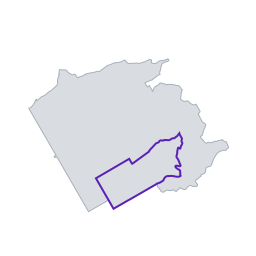 North Darfur highlighted on a map of Sudan, rotated 240°
{"feature_id": "SDN-881", "entity_name": "North Darfur", "entity_type": "State", "adm_level": 1, "iso_a3": "SDN", "parent_name": "Sudan", "parent_adm1": "", "projection": "robinson", "projection_center": [25.452, 15.918], "detail": "fine", "context": "in_parent", "style": "outline", "palette": "violet", "viewbox_px": 256, "rotation_deg": 240, "n_neighbors": 0, "source": "natural_earth", "source_scale": "10m", "svg_char_len": 5546}
<svg xmlns="http://www.w3.org/2000/svg" viewBox="0 0 256 256"><g transform="rotate(240 128 128)"><path d="M168.0,197.2L166.1,197.2L165.9,196.7L165.9,195.3L166.1,194.2L166.8,192.6L166.6,191.7L166.7,190.3L166.2,188.9L161.6,184.6L160.7,183.4L158.2,182.3L158.7,181.1L157.6,172.4L158.1,171.4L158.2,169.8L158.2,168.5L158.8,166.2L158.8,165.3L154.0,165.2L153.9,166.2L154.1,167.3L154.1,167.7L147.4,167.7L150.1,171.2L150.2,172.7L150.1,174.5L150.1,175.7L150.3,176.5L151.0,178.1L151.0,178.4L150.8,178.7L146.1,183.3L145.3,185.4L144.6,186.5L143.3,188.4L138.9,193.3L138.2,193.6L134.8,193.8L134.5,193.9L134.3,194.1L134.1,194.1L131.2,191.2L126.4,187.8L123.3,189.6L122.4,190.2L122.4,191.9L121.9,192.7L121.0,193.7L118.7,194.2L117.5,194.7L116.0,195.7L114.6,197.2L114.5,198.1L114.6,198.8L106.5,198.8L106.0,198.2L104.8,195.6L104.0,195.7L96.6,195.4L95.5,195.7L93.4,196.8L92.4,197.0L91.3,196.5L87.4,191.4L86.5,190.8L85.7,189.5L84.8,189.0L84.5,188.6L84.5,188.1L84.5,187.0L84.2,186.3L83.6,186.1L78.4,187.3L77.6,187.2L76.5,187.4L76.1,187.6L75.7,188.2L75.6,189.6L75.5,190.3L75.1,191.1L73.6,192.8L73.3,193.6L73.3,195.5L73.2,196.5L73.0,196.9L72.4,197.6L72.1,198.1L71.9,200.5L71.1,202.0L70.9,202.5L70.8,203.5L70.7,203.9L68.3,204.7L67.4,205.3L66.9,206.1L66.8,206.4L65.7,206.1L64.5,205.9L62.0,205.7L61.0,205.3L60.5,204.7L60.7,203.2L60.4,202.9L60.0,202.6L59.8,202.0L59.8,201.2L61.1,199.5L61.4,198.6L61.8,194.3L61.7,193.0L60.6,190.6L58.3,186.5L57.7,185.7L54.7,182.3L54.4,181.8L53.7,180.3L54.5,177.2L54.5,176.3L54.3,175.4L53.6,174.7L52.9,174.6L52.0,173.8L51.5,173.4L51.0,172.7L50.6,171.6L50.9,167.9L50.7,167.4L49.9,167.3L49.8,167.0L49.8,166.3L49.4,164.2L48.9,162.4L49.2,161.5L48.6,160.1L47.4,159.6L45.0,160.0L44.3,159.9L43.8,159.7L43.4,159.2L43.2,158.6L43.4,157.8L44.1,156.2L44.9,154.9L46.6,153.7L47.1,153.1L47.3,152.4L47.4,151.6L47.3,150.7L47.1,150.0L46.6,148.9L46.1,147.7L46.1,146.9L46.3,146.4L46.8,145.7L48.5,144.3L50.2,143.1L50.5,142.7L50.4,142.3L49.6,141.3L49.4,139.5L48.9,138.2L49.8,137.3L50.5,136.9L51.5,136.6L51.9,136.2L52.0,135.5L52.0,134.8L52.3,134.2L52.8,133.0L53.2,132.5L54.5,131.2L54.8,130.3L54.9,129.4L54.6,126.9L55.3,125.8L56.3,124.9L57.7,125.0L59.9,124.8L61.4,124.4L62.4,124.4L64.8,124.9L65.1,124.7L65.2,124.0L65.3,75.1L75.2,75.1L75.3,75.1L75.3,52.0L137.7,52.0L138.3,51.9L139.2,49.7L139.6,49.6L140.3,49.7L140.5,50.2L140.0,52.0L194.5,51.9L194.6,54.6L195.1,56.7L196.7,59.7L198.0,61.3L198.5,62.2L198.6,62.7L198.5,63.0L198.1,62.6L197.4,62.3L197.4,63.7L197.8,66.6L198.3,68.6L198.0,70.5L198.1,73.7L198.9,77.5L198.8,79.9L200.0,85.6L201.1,88.8L201.8,89.5L202.5,89.9L203.8,90.2L205.7,91.8L207.3,93.5L207.9,94.4L208.6,95.4L209.1,95.2L209.4,94.9L209.9,95.7L212.4,97.4L212.8,98.2L211.9,99.0L210.9,100.3L210.5,101.5L210.2,101.9L209.4,102.7L209.3,103.1L208.9,103.3L208.6,103.3L207.7,103.8L207.0,103.6L206.2,103.9L206.0,104.1L205.4,104.4L204.5,104.5L203.3,105.6L202.2,106.1L201.8,106.5L201.3,108.6L200.9,109.1L199.2,109.2L198.4,109.4L197.3,109.1L196.8,109.2L196.7,109.6L196.5,111.4L196.6,112.2L195.7,114.2L196.0,118.0L195.1,120.9L195.0,121.5L194.2,123.8L193.7,124.6L192.6,128.8L192.2,130.1L191.3,131.5L192.4,141.6L191.6,144.8L191.6,146.4L191.1,149.0L190.7,150.1L189.9,151.5L189.3,153.1L188.8,155.1L188.5,159.0L188.3,159.4L185.4,159.9L184.5,160.1L183.9,160.6L183.1,161.6L181.7,164.3L180.9,166.0L179.7,168.3L178.3,169.9L178.0,170.7L177.8,172.2L177.3,174.5L176.8,176.2L176.9,177.5L176.5,179.8L176.6,181.0L176.1,181.6L175.4,182.2L175.0,182.3L172.9,180.8L171.5,181.8L170.6,183.3L169.9,184.9L170.4,188.1L170.3,188.8L170.1,189.5L168.8,192.7L168.4,194.1L168.0,196.6L168.0,197.2Z" fill="#d9dde1" stroke="#a8b0b8" stroke-width="1"/><path d="M74.2,75.1L75.2,75.1L75.3,75.1L75.5,75.1L100.5,75.1L100.7,113.6L95.1,113.6L94.9,113.9L97.1,134.5L97.6,135.0L98.1,136.0L99.2,139.8L100.7,144.6L100.3,147.3L100.3,147.5L101.0,148.7L101.1,149.2L101.0,149.6L100.9,150.2L100.9,150.3L100.8,150.5L99.7,151.8L99.6,152.0L99.5,152.3L99.5,153.2L99.4,153.3L99.2,153.8L99.0,154.2L98.8,154.6L97.3,156.8L97.0,157.4L96.9,157.6L96.8,159.2L96.9,160.6L96.9,160.8L96.8,161.1L96.6,161.9L96.0,162.9L96.0,163.1L96.0,163.5L96.4,165.1L96.4,165.4L96.3,165.8L96.3,166.4L96.3,166.5L96.9,167.5L97.0,167.8L97.1,168.1L97.1,168.4L97.8,169.8L96.3,169.5L92.3,169.5L92.0,169.4L91.5,169.2L91.0,168.8L90.5,168.2L90.3,168.0L90.0,167.8L89.4,167.6L89.0,167.5L88.6,167.6L88.3,167.6L87.9,167.6L87.6,167.4L87.0,166.8L86.0,165.1L85.2,164.1L84.5,163.5L84.3,163.1L84.1,162.9L84.2,162.7L84.3,162.5L84.5,162.4L85.5,162.1L85.8,161.8L85.8,161.5L85.6,161.3L85.5,161.1L83.3,159.1L82.8,158.8L81.4,157.9L79.5,156.0L79.2,155.8L78.9,155.6L78.4,155.5L78.0,155.5L76.4,155.6L74.7,155.6L71.6,155.1L69.7,154.9L69.3,154.8L69.1,154.6L68.9,154.3L68.9,154.0L69.1,153.6L69.3,153.3L70.7,151.8L71.1,151.2L71.2,150.9L71.3,150.7L71.3,150.2L71.1,149.9L70.9,149.7L70.6,149.7L70.2,149.6L69.8,149.7L69.4,149.8L67.7,150.5L66.1,151.5L65.7,151.7L65.2,151.7L64.9,151.7L64.2,151.3L63.1,150.9L62.8,150.8L62.5,150.5L62.2,150.2L61.9,150.0L61.6,149.9L61.3,149.8L60.8,149.8L60.5,149.8L60.3,149.7L60.1,149.3L60.2,148.7L60.5,147.6L61.2,146.1L64.5,142.2L66.6,138.2L66.8,137.7L66.9,137.3L66.9,136.9L66.9,136.4L66.7,135.3L66.4,134.6L66.1,134.0L65.7,133.4L65.2,132.8L65.0,132.4L64.8,131.8L64.8,131.1L64.8,129.4L64.7,128.8L65.4,124.9L65.2,124.7L65.2,124.0L65.2,121.3L65.2,118.6L65.2,115.9L65.2,113.2L65.2,110.5L65.2,107.8L65.2,105.2L65.2,102.5L65.2,99.8L65.2,97.1L65.2,94.4L65.3,91.7L65.3,89.0L65.3,86.3L65.3,83.6L65.3,80.9L65.3,79.5L65.3,78.0L65.3,76.6L65.3,75.1L66.9,75.1L67.8,75.1L68.9,75.1L70.2,75.1L71.5,75.1L72.7,75.1L74.2,75.1Z" fill="none" stroke="#5b21b6" stroke-width="2"/></g></svg>